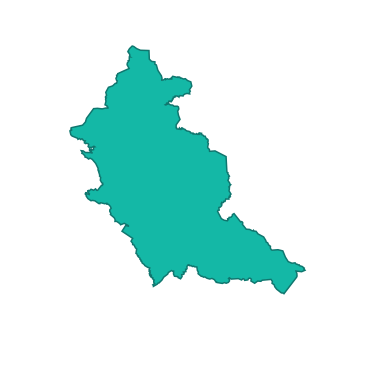 outline of Karaga, Northern, Ghana, rotated 300°
{"feature_id": "2480657B76285553918092", "entity_name": "Karaga", "entity_type": "district", "adm_level": 2, "iso_a3": "GHA", "parent_name": "Ghana", "parent_adm1": "Northern", "projection": "natural_earth1", "projection_center": [-0.451, 9.918], "detail": "fine", "context": "isolated", "style": "filled", "palette": "teal", "viewbox_px": 384, "rotation_deg": 300, "n_neighbors": 0, "source": "geoboundaries", "source_scale": "gbopen_adm2", "svg_char_len": 6047}
<svg xmlns="http://www.w3.org/2000/svg" viewBox="0 0 384 384"><g transform="rotate(300 192 192)"><path d="M180.2,328.6L180.5,328.2L180.8,328.8L181.7,327.1L182.2,327.2L182.6,324.6L182.0,322.3L182.5,321.2L182.0,320.7L182.1,319.5L181.6,318.5L182.2,316.7L180.3,314.2L179.8,310.1L182.3,305.4L186.4,300.1L185.0,295.3L181.7,290.5L181.6,289.5L182.6,287.9L184.2,287.1L184.5,284.8L185.9,282.8L185.7,281.4L187.0,280.0L188.9,276.5L188.7,270.1L190.0,267.1L189.2,265.5L189.6,264.4L188.9,264.4L188.5,263.4L188.4,260.6L186.9,257.6L189.2,251.8L190.6,251.5L191.2,250.6L191.1,249.6L190.4,249.1L194.3,239.2L192.7,238.3L191.5,238.8L189.7,238.4L188.5,236.8L186.9,237.2L186.6,236.3L185.3,237.2L184.7,237.0L183.6,233.9L183.6,230.7L188.0,223.8L189.2,223.7L189.9,224.6L192.0,223.0L193.2,224.1L194.9,224.5L196.1,224.1L196.2,223.2L197.9,223.0L197.8,223.9L198.9,224.5L199.7,224.1L200.4,225.3L202.8,224.7L204.3,227.5L205.8,226.6L206.3,227.3L207.0,226.6L207.5,227.3L208.3,226.5L209.7,226.8L211.5,223.5L213.5,222.8L214.9,221.5L215.2,222.0L216.2,221.5L217.7,221.9L217.8,220.8L218.5,220.3L220.0,217.3L222.4,217.0L223.5,216.1L224.4,216.5L225.7,213.8L226.6,213.6L226.8,212.2L239.7,203.8L239.1,191.4L236.0,186.9L237.6,185.7L238.1,183.7L238.9,183.0L242.2,181.9L243.0,180.5L244.0,180.6L245.2,179.8L245.6,178.7L245.1,178.1L246.9,175.4L246.2,174.4L246.7,173.2L246.5,171.4L247.6,171.0L246.8,168.7L245.9,168.4L245.5,169.4L245.3,169.1L244.5,167.7L244.8,166.8L244.1,166.6L243.4,165.1L243.5,163.7L242.8,163.8L243.1,162.9L242.5,161.1L243.1,160.6L243.1,159.3L242.3,156.9L242.4,155.0L242.7,154.8L242.3,152.2L241.9,152.0L242.6,151.8L242.5,151.1L240.4,150.5L241.1,149.1L239.8,149.2L239.1,147.2L239.9,146.5L239.7,146.1L242.3,144.7L248.9,145.3L251.6,142.0L254.9,139.1L257.3,139.1L258.9,137.7L259.0,136.5L257.3,133.6L257.6,131.8L256.6,129.7L256.8,128.0L254.9,126.0L254.3,125.9L254.2,125.2L256.0,126.1L256.4,125.7L257.5,127.0L259.0,126.5L259.5,127.0L259.4,128.0L260.3,128.3L260.0,128.9L261.6,129.1L262.6,128.6L263.2,129.1L263.6,128.6L264.4,129.0L264.3,129.5L264.9,128.7L265.2,129.3L266.1,129.2L266.2,130.0L266.8,129.7L267.7,131.1L267.7,132.9L268.1,132.5L268.8,133.4L269.5,133.4L270.7,136.3L271.8,136.1L273.4,136.9L274.9,138.4L275.8,141.0L277.1,140.0L278.5,140.1L279.1,138.7L283.6,138.9L286.8,135.9L286.3,132.4L286.8,129.6L285.6,128.1L285.3,125.5L284.8,125.0L285.3,124.2L285.1,123.1L284.2,122.7L284.4,122.0L283.8,121.6L282.6,117.5L281.0,117.2L279.8,118.0L279.2,117.3L279.6,116.6L278.1,115.8L277.7,113.9L276.2,113.0L276.8,112.4L276.4,111.9L274.9,111.4L274.2,110.4L274.0,110.8L274.0,110.1L273.1,110.1L275.6,109.1L277.3,107.4L280.3,101.6L284.2,97.6L284.1,96.0L286.2,94.8L284.9,91.7L285.7,88.6L293.0,84.0L289.0,76.5L288.5,72.5L288.9,68.7L288.5,67.2L284.9,66.2L282.1,66.2L281.6,66.9L281.3,66.6L280.2,69.0L279.2,69.9L278.2,70.0L278.1,70.7L277.9,70.2L277.2,70.4L274.5,71.9L273.7,71.1L273.2,71.7L271.3,71.5L269.7,72.2L267.5,75.8L257.4,68.5L256.3,68.9L255.4,68.3L254.5,69.2L252.4,69.3L251.0,70.8L250.9,71.7L248.4,72.3L247.8,71.3L244.2,70.2L240.9,67.3L235.2,67.5L233.0,69.7L231.0,69.5L230.2,70.3L230.4,70.7L229.2,70.7L227.6,72.1L224.0,73.1L224.2,75.1L223.5,75.8L223.4,76.8L222.6,77.2L221.4,75.1L219.1,72.7L217.2,68.3L215.0,65.1L203.1,63.8L199.3,64.7L195.1,63.8L187.6,55.6L186.8,55.2L185.5,56.8L184.8,56.5L184.9,55.9L183.9,55.7L181.0,58.4L180.5,60.2L181.3,65.9L180.6,66.9L182.0,67.7L181.8,69.5L182.7,69.7L183.1,70.6L182.2,72.4L182.9,74.0L180.8,74.2L180.7,75.6L181.3,76.0L181.9,78.1L181.6,78.8L179.4,79.3L179.2,80.2L180.3,82.6L182.6,84.2L182.5,85.3L181.4,84.2L179.5,85.6L178.4,84.4L178.7,83.5L177.9,83.9L178.2,81.7L176.7,82.5L175.9,86.5L175.4,84.4L172.9,79.8L173.2,77.3L172.4,75.4L171.4,77.1L170.4,77.3L170.5,78.9L169.6,81.4L168.8,81.8L169.2,84.0L168.8,85.9L170.3,86.9L170.4,89.2L168.6,94.3L165.5,98.9L164.0,99.6L163.6,100.9L163.2,100.7L160.2,103.9L159.6,103.9L159.0,105.6L156.4,106.7L154.8,109.3L155.0,110.2L153.8,111.1L152.7,110.8L152.6,110.3L146.2,109.4L145.8,108.6L146.5,106.9L144.3,105.9L143.9,103.2L141.5,102.4L141.6,101.6L141.0,101.1L140.0,101.7L139.2,104.0L138.4,104.3L138.0,101.8L138.7,101.0L138.3,100.3L136.9,100.5L136.4,101.9L135.5,102.5L134.2,105.2L133.9,108.9L134.9,109.9L135.8,112.2L135.4,117.1L135.9,118.1L136.7,117.9L137.1,118.4L138.2,122.3L139.6,123.9L138.9,124.4L139.4,125.1L139.3,127.0L138.3,129.1L137.3,130.2L135.8,129.7L134.3,130.3L132.8,132.5L131.7,132.6L130.8,137.5L129.6,139.3L128.0,140.0L128.8,141.2L128.8,142.7L128.5,145.4L127.9,146.5L131.0,149.0L131.1,153.7L130.6,154.0L129.8,151.3L123.0,151.0L122.2,163.8L118.9,163.8L117.9,166.3L116.8,166.9L117.1,168.3L115.3,171.0L115.1,172.5L110.8,174.2L110.9,175.1L109.7,176.6L109.9,177.4L109.2,177.5L108.6,180.1L107.7,180.6L107.5,181.9L106.7,182.2L106.8,183.1L105.6,184.3L105.3,186.9L104.7,187.8L104.6,191.3L105.1,193.4L102.9,193.8L102.7,195.2L101.7,194.8L101.5,195.9L100.2,195.9L100.1,196.7L99.7,196.3L99.3,197.1L98.9,196.9L98.1,198.4L99.1,198.7L97.9,199.4L98.1,200.9L97.2,201.1L96.8,203.3L95.8,203.3L94.4,204.3L94.0,205.4L92.0,204.5L91.9,205.2L91.0,205.8L94.9,208.0L96.2,208.2L96.7,208.9L100.6,210.0L104.1,210.1L108.7,212.0L110.5,211.8L113.7,213.5L113.7,214.8L114.3,215.6L111.7,217.0L110.3,218.9L111.6,222.0L110.9,222.8L111.1,225.5L113.8,225.7L115.3,224.4L116.6,226.0L117.9,225.7L118.3,224.6L120.0,226.5L121.9,225.1L122.4,225.9L123.2,226.0L125.0,224.8L127.1,225.1L127.4,226.1L126.9,226.2L127.1,227.2L127.9,228.1L127.6,229.5L128.7,230.6L128.4,231.4L129.5,233.7L126.6,236.0L126.0,237.4L124.3,238.1L123.6,242.2L124.1,242.9L124.0,244.5L124.9,245.7L124.8,248.1L125.5,250.9L127.1,252.5L127.3,255.2L125.9,258.1L126.4,258.3L126.2,259.2L128.0,264.0L129.7,265.3L130.1,267.2L131.9,268.7L133.7,268.9L135.0,268.1L135.3,266.9L136.4,267.2L136.2,269.5L140.2,275.5L140.6,278.9L142.4,279.5L142.6,280.7L141.8,281.8L143.8,284.3L145.4,284.2L146.4,285.2L146.2,287.0L144.4,287.5L144.3,291.9L147.7,293.4L149.1,296.3L150.7,296.9L155.8,304.1L154.8,306.3L152.9,307.0L152.8,309.4L151.3,311.1L150.1,314.0L149.3,319.8L150.1,321.6L149.9,322.5L170.5,325.2L171.7,325.0L173.8,323.6L175.5,321.6L177.8,326.8L180.2,328.6Z" fill="#14b8a6" stroke="#0f766e" stroke-width="1.5"/></g></svg>